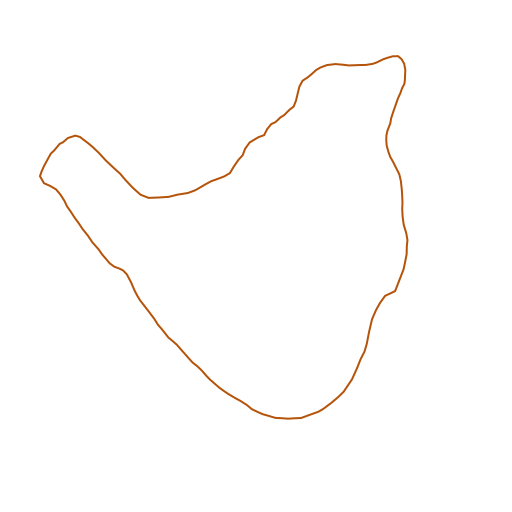 Addoo, Maldives, rotated 346°
{"feature_id": "70690204B51409682910063", "entity_name": "Addoo", "entity_type": "district", "adm_level": 2, "iso_a3": "MDV", "parent_name": "Maldives", "parent_adm1": "", "projection": "robinson", "projection_center": [73.16, -0.641], "detail": "fine", "context": "isolated", "style": "outline", "palette": "amber", "viewbox_px": 512, "rotation_deg": 346, "n_neighbors": 0, "source": "geoboundaries", "source_scale": "gbopen_adm2", "svg_char_len": 2225}
<svg xmlns="http://www.w3.org/2000/svg" viewBox="0 0 512 512"><g transform="rotate(346 256 256)"><path d="M260.5,424.1L271.9,422.9L278.9,422.2L284.1,420.7L294.1,416.5L301.5,412.8L308.1,409.0L314.0,403.7L319.3,398.9L327.2,388.9L332.4,381.6L338.2,374.9L342.2,368.1L347.5,356.7L353.3,345.4L359.3,337.6L364.8,331.7L371.6,325.9L382.5,323.7L395.9,304.7L399.0,298.4L402.6,290.7L404.7,283.0L406.8,277.2L407.3,270.4L406.9,261.2L407.7,253.8L409.2,245.9L411.1,239.4L412.6,232.0L413.5,227.1L414.7,218.3L414.8,211.3L413.3,204.6L411.8,197.9L410.2,192.2L409.7,187.2L409.5,180.6L410.4,175.1L411.7,170.6L413.8,166.3L418.5,159.6L420.3,155.3L423.8,149.7L427.5,144.1L431.8,137.5L435.4,133.0L438.3,128.6L441.6,124.9L443.1,121.1L443.7,118.9L445.9,111.6L446.3,105.3L444.8,100.1L442.2,96.5L437.0,95.3L431.2,95.5L426.9,95.9L419.9,97.4L415.7,97.8L408.9,97.2L401.0,95.4L392.3,93.6L386.0,91.2L379.5,89.0L371.1,87.9L364.1,88.7L359.3,90.1L354.5,92.7L349.8,95.0L343.6,97.2L339.1,102.1L336.4,107.2L332.4,114.9L328.7,120.1L324.1,122.1L317.2,126.2L313.3,127.4L307.3,130.8L302.7,131.7L297.6,135.5L293.1,140.7L287.1,141.3L277.3,144.3L271.4,149.3L267.5,154.9L261.8,158.8L256.1,163.9L250.6,169.3L244.4,171.1L237.7,171.9L230.6,172.6L224.4,174.2L215.6,176.8L212.4,177.6L205.2,178.4L194.9,177.5L185.7,177.5L175.7,175.7L165.8,173.6L158.8,168.6L153.0,160.1L147.8,150.8L144.1,143.3L139.1,135.9L133.3,126.8L128.5,118.0L123.8,110.6L120.4,105.9L117.7,102.6L114.0,97.9L109.8,95.5L102.1,96.0L96.1,99.0L92.6,99.7L85.8,104.7L81.6,107.1L77.5,111.5L72.1,117.4L68.2,122.4L65.7,126.3L67.9,134.1L73.2,138.2L78.1,143.0L81.0,148.9L83.4,155.9L84.7,162.3L87.0,168.2L89.3,175.0L91.8,181.0L94.3,188.0L97.9,195.8L100.6,203.3L104.8,211.3L107.1,217.3L112.3,227.7L115.8,232.0L120.2,235.0L123.6,237.9L126.2,242.5L128.4,251.3L129.8,260.0L131.3,266.2L132.8,271.0L137.9,282.5L142.1,292.4L144.2,298.9L146.9,304.2L149.1,309.0L151.2,313.8L153.4,316.8L157.7,322.9L161.3,330.0L165.5,338.0L168.8,344.2L172.2,348.5L175.5,353.7L179.1,360.7L181.6,365.0L185.8,371.0L188.7,375.1L192.0,379.0L195.6,383.0L200.8,388.2L205.7,392.7L211.2,398.5L214.8,403.5L219.6,407.5L224.2,411.1L229.8,414.3L235.7,417.8L241.4,419.5L247.7,421.6L253.7,422.7L260.5,424.1Z" fill="none" stroke="#b45309" stroke-width="2"/></g></svg>